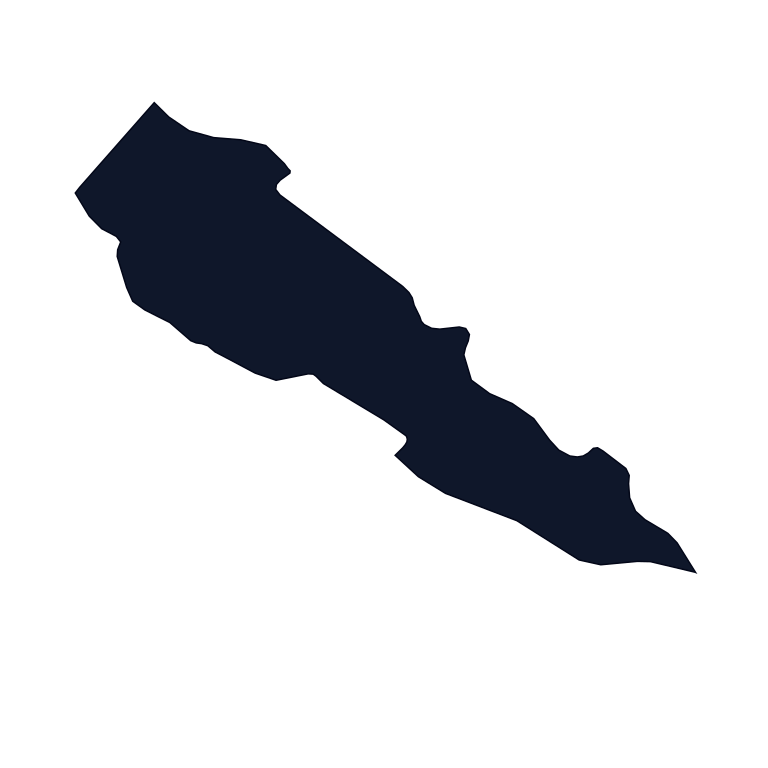 outline of Plateau, rotated 311°
{"feature_id": "BEN-2179", "entity_name": "Plateau", "entity_type": "Department", "adm_level": 1, "iso_a3": "BEN", "parent_name": "Benin", "parent_adm1": "", "projection": "robinson", "projection_center": [2.644, 7.082], "detail": "fine", "context": "isolated", "style": "filled", "palette": "ink", "viewbox_px": 768, "rotation_deg": 311, "n_neighbors": 0, "source": "natural_earth", "source_scale": "10m", "svg_char_len": 1297}
<svg xmlns="http://www.w3.org/2000/svg" viewBox="0 0 768 768"><g transform="rotate(311 384 384)"><path d="M445.6,26.0L444.3,46.3L447.2,70.7L458.2,93.8L474.3,115.6L486.4,138.3L484.9,164.3L483.6,169.9L483.3,173.3L481.5,174.6L469.7,171.9L464.0,171.9L459.8,174.6L458.4,181.5L469.9,334.2L469.4,342.8L467.6,348.7L463.2,355.1L458.2,366.9L455.8,371.0L455.2,375.3L457.3,383.4L462.0,390.1L476.4,403.4L479.5,409.3L477.4,416.0L471.8,419.3L464.8,421.7L458.4,425.1L444.2,447.4L446.0,470.0L453.4,493.8L456.1,519.8L450.3,545.8L448.8,559.3L451.6,571.5L455.8,577.8L460.4,581.6L466.0,583.5L472.8,584.2L476.0,587.0L477.1,593.3L478.9,622.0L475.9,629.0L469.2,634.0L459.3,644.0L453.0,657.3L452.8,670.0L457.5,696.2L456.4,709.4L446.2,742.7L446.1,742.4L424.8,701.7L416.4,691.6L389.8,666.2L379.2,646.7L368.0,573.9L341.8,502.2L336.6,470.8L337.5,439.2L347.9,440.0L351.9,439.9L355.2,439.3L357.5,437.9L358.8,436.1L359.2,435.2L359.4,434.9L356.8,407.2L344.6,338.0L345.3,327.6L345.0,324.1L341.9,320.1L316.0,300.1L307.7,279.6L299.2,242.9L297.4,235.6L297.3,225.9L294.8,219.9L291.8,215.3L289.9,209.7L289.9,182.0L286.9,170.4L283.0,155.0L281.6,140.1L288.0,126.5L305.2,99.0L310.6,94.9L318.5,92.1L319.8,85.2L316.0,69.1L317.3,51.5L325.6,25.7L332.9,25.3L445.4,26.0L445.6,26.0Z" fill="#0f172a" stroke="#020617" stroke-width="1.5"/></g></svg>